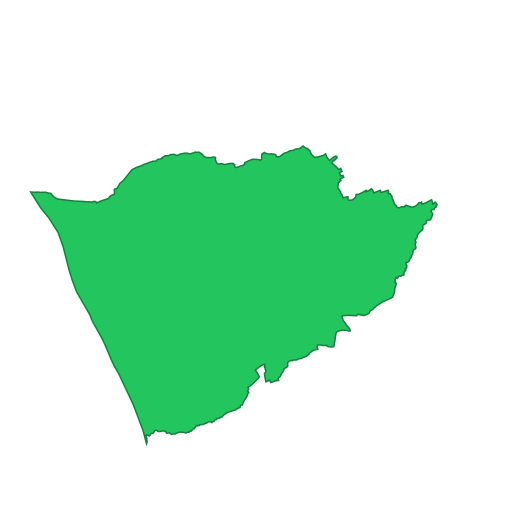 outline of Kota Mataram, Nusa Tenggara Barat, Indonesia, rotated 339°
{"feature_id": "22746128B34810169298981", "entity_name": "Kota Mataram", "entity_type": "district", "adm_level": 2, "iso_a3": "IDN", "parent_name": "Indonesia", "parent_adm1": "Nusa Tenggara Barat", "projection": "albers", "projection_center": [116.126, -8.589], "detail": "fine", "context": "isolated", "style": "filled", "palette": "green", "viewbox_px": 512, "rotation_deg": 339, "n_neighbors": 0, "source": "geoboundaries", "source_scale": "gbopen_adm2", "svg_char_len": 6126}
<svg xmlns="http://www.w3.org/2000/svg" viewBox="0 0 512 512"><g transform="rotate(339 256 256)"><path d="M86.5,392.1L87.5,391.0L87.9,389.9L88.7,386.7L89.0,383.8L89.6,383.8L90.2,384.2L91.9,385.8L93.0,385.3L93.4,384.8L94.2,384.2L95.5,384.3L96.3,384.5L97.0,384.3L98.5,383.0L99.7,382.7L100.6,383.0L101.3,383.6L101.5,384.4L102.3,385.1L105.1,385.8L107.1,386.0L107.9,387.1L108.8,387.5L109.0,389.4L111.6,390.0L113.1,392.1L113.7,392.4L115.1,392.4L116.5,393.1L119.6,392.9L121.9,393.1L125.2,394.8L127.5,396.2L128.8,396.0L130.3,396.5L131.0,396.3L131.8,395.7L132.8,396.3L135.7,394.8L136.6,395.0L139.4,392.9L140.0,393.1L139.7,394.2L140.0,393.4L142.0,393.9L142.5,393.9L142.9,393.2L145.6,394.2L147.9,394.3L149.3,394.1L149.7,394.4L152.3,393.7L153.8,394.5L154.9,394.7L155.0,395.6L155.3,395.7L156.7,395.2L157.3,395.4L158.4,394.6L159.1,394.3L159.6,394.2L160.4,394.5L161.5,393.9L162.3,394.2L162.9,394.0L163.9,394.4L164.8,393.8L166.4,394.1L169.9,392.5L170.8,392.5L171.1,392.1L174.9,391.9L182.1,392.3L183.8,392.0L184.3,391.6L186.9,391.8L187.4,390.5L189.0,390.0L189.7,390.2L192.7,387.2L196.8,384.2L198.4,382.6L199.0,381.6L200.4,380.8L200.0,379.6L199.6,379.2L201.6,377.3L201.8,376.4L201.4,376.3L201.3,375.7L205.6,374.8L207.2,374.2L207.9,373.7L208.6,373.5L214.5,370.9L215.9,369.7L214.6,362.1L219.9,360.6L222.8,360.1L225.2,360.3L224.6,362.3L224.2,362.3L224.2,363.1L224.7,363.3L223.9,365.2L224.3,365.9L224.0,367.2L221.6,369.0L220.1,377.0L224.5,376.9L224.3,379.4L229.4,379.6L232.6,380.2L232.6,378.7L233.2,378.0L235.3,377.2L238.4,374.4L240.3,373.3L242.1,371.2L244.4,371.0L245.8,370.5L246.2,370.1L247.4,366.9L248.8,366.3L250.4,366.1L251.0,366.0L252.3,366.7L254.2,366.5L255.3,367.2L256.5,367.6L257.7,367.6L259.0,367.2L261.1,367.9L264.4,367.6L266.6,367.8L270.6,366.5L271.2,365.7L273.2,365.4L274.5,364.9L276.6,364.6L280.2,365.3L280.8,362.2L281.3,361.4L281.6,361.4L284.0,361.8L285.4,363.1L289.9,364.8L290.2,365.9L291.3,366.7L294.6,368.3L295.7,368.5L296.2,368.4L298.6,364.6L302.8,357.1L303.6,356.2L305.2,355.5L310.6,356.3L314.3,358.1L315.5,359.2L317.1,359.7L317.4,357.6L315.5,352.1L315.1,349.8L314.3,347.7L314.6,343.7L315.1,342.7L321.2,344.6L327.5,347.4L328.9,347.7L329.9,347.0L330.6,347.2L334.5,349.8L335.9,350.3L340.5,350.1L341.4,349.6L342.6,348.3L346.5,347.5L347.1,346.9L349.5,346.3L350.6,345.7L357.2,344.3L368.7,343.5L372.4,339.4L374.0,335.9L376.9,332.5L377.1,331.5L376.3,329.9L376.9,329.4L377.8,327.5L378.6,326.6L379.1,326.2L379.3,326.3L379.8,327.5L382.5,325.9L383.7,326.8L385.4,326.4L387.1,326.8L387.5,326.6L387.5,325.9L388.0,324.8L389.0,323.9L390.6,323.1L390.8,322.5L390.6,321.9L390.9,321.6L392.0,321.4L392.4,321.0L392.7,319.9L393.3,319.5L393.5,318.0L393.1,316.6L393.5,316.1L393.9,315.9L395.3,316.2L397.1,315.7L398.8,313.8L400.4,312.9L401.7,311.1L403.0,310.1L404.7,307.2L405.1,306.8L407.7,306.4L408.6,304.8L408.7,301.9L410.3,300.6L410.2,299.0L410.8,297.4L411.4,297.4L413.3,296.1L414.8,293.7L415.6,293.3L418.0,292.1L421.1,291.1L421.8,290.0L422.4,287.9L423.0,287.0L425.4,286.8L425.6,286.5L427.1,286.0L427.3,285.0L427.8,284.3L428.5,284.0L432.0,284.8L433.0,283.4L433.9,282.7L435.7,280.7L436.1,279.6L435.2,277.2L437.0,275.7L438.9,276.4L440.1,275.1L441.2,275.0L442.3,274.3L442.5,273.4L443.4,273.2L442.9,270.0L442.5,269.9L440.9,270.7L439.8,270.9L440.1,266.4L433.6,267.2L429.6,267.1L429.9,265.0L428.9,265.3L427.2,264.6L425.3,265.8L423.5,266.4L421.9,266.6L419.0,266.3L418.4,266.0L417.6,264.9L416.9,264.7L414.4,262.4L413.5,262.3L412.4,263.3L409.4,262.1L407.8,262.4L406.9,262.3L405.4,261.4L405.0,260.5L405.0,259.2L404.2,257.9L404.0,256.3L403.9,249.9L404.3,249.4L403.6,245.9L402.0,245.2L402.0,244.4L402.9,243.8L402.8,241.9L398.2,241.8L395.4,241.4L395.3,240.7L395.7,239.3L395.4,239.1L393.9,239.3L390.3,239.2L388.6,239.4L388.5,235.6L387.8,235.6L387.7,234.6L385.7,235.2L382.9,235.5L382.0,235.4L382.6,234.3L382.3,234.2L378.3,234.8L374.0,235.2L371.5,234.4L370.2,236.7L366.8,238.0L365.7,238.1L364.2,237.8L362.6,237.0L362.0,236.3L363.1,233.8L362.5,233.4L358.0,232.8L358.2,229.3L357.6,227.9L357.5,227.3L358.0,226.6L356.8,221.5L359.2,217.1L360.4,216.9L360.9,216.3L362.2,216.1L362.2,215.8L361.8,215.6L361.8,214.5L366.2,213.9L366.0,211.9L363.7,211.4L363.7,208.2L366.6,207.8L366.5,204.7L364.1,204.8L363.1,201.8L360.0,196.3L361.9,195.1L363.2,195.0L366.8,193.4L367.1,192.0L365.9,191.3L364.5,191.3L358.8,193.2L358.4,191.5L358.0,190.8L357.7,189.1L357.6,185.6L354.7,186.2L349.0,185.6L345.9,184.9L344.2,180.8L344.0,177.0L342.6,174.1L340.8,172.9L339.4,170.1L334.6,171.5L333.2,170.8L331.1,170.4L329.1,170.7L325.0,169.9L322.3,170.4L318.8,170.1L313.9,171.7L311.8,171.2L310.9,170.5L310.5,168.3L309.1,167.2L307.9,166.8L306.8,166.0L305.1,165.7L303.4,164.8L301.8,163.3L300.8,162.9L300.8,162.4L298.3,162.8L297.2,164.4L296.1,167.4L294.5,168.3L292.9,166.8L287.5,164.5L284.6,164.4L279.0,164.8L278.0,166.2L276.5,166.7L274.0,166.4L271.0,166.6L268.7,166.0L268.2,164.7L268.2,163.7L268.7,163.4L268.4,163.2L268.2,161.9L267.4,161.6L267.4,161.1L263.9,160.0L262.0,159.9L259.2,159.2L257.2,157.5L254.6,157.0L253.6,156.4L252.5,154.9L252.7,153.8L252.4,152.9L252.9,150.6L253.5,149.9L253.3,149.3L252.7,148.7L251.4,148.2L249.9,148.2L244.9,146.3L243.2,144.5L242.1,141.6L240.3,138.9L238.7,138.2L237.6,138.0L236.5,137.2L231.9,137.2L231.0,136.9L230.3,136.7L228.3,135.1L227.5,135.1L226.9,134.6L221.5,133.6L219.8,134.0L218.1,133.6L217.4,133.2L215.8,131.6L214.4,131.5L213.3,130.8L209.8,130.9L207.2,129.9L203.6,130.5L203.8,131.1L201.7,131.3L198.9,130.6L196.4,131.5L194.0,130.6L191.7,130.6L190.3,130.3L189.3,130.5L183.7,130.3L181.7,130.6L175.8,130.5L171.3,130.9L158.8,138.2L155.0,139.4L150.8,142.8L150.0,143.1L148.5,143.1L147.9,142.8L147.4,143.2L146.6,146.4L145.5,147.6L142.7,147.6L141.4,147.8L140.1,148.5L139.2,149.4L130.7,149.1L126.4,149.3L126.4,148.8L125.5,147.5L123.7,146.8L121.7,146.8L119.9,145.7L117.5,144.9L114.0,143.0L106.3,139.7L91.2,131.7L88.7,128.6L87.6,126.5L86.9,124.0L84.4,122.6L82.6,121.1L77.7,119.4L74.3,117.7L74.1,118.0L68.6,115.5L72.2,133.9L76.3,146.4L79.7,163.4L79.3,178.1L76.5,202.0L75.8,212.3L75.7,225.3L79.9,251.9L79.8,256.4L80.1,259.8L82.6,277.4L83.2,284.2L83.8,302.5L84.3,308.4L85.7,317.2L87.8,345.4L88.2,351.7L88.0,378.6L86.5,392.1Z" fill="#22c55e" stroke="#15803d" stroke-width="1.5"/></g></svg>